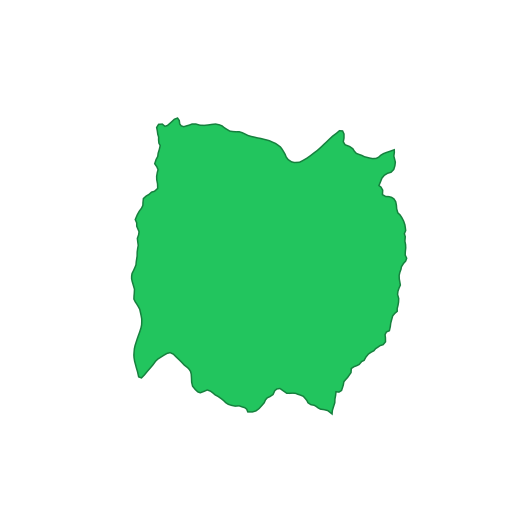 outline of Indaiabira, Minas Gerais, Brazil, rotated 215°
{"feature_id": "56859067B4422919980234", "entity_name": "Indaiabira", "entity_type": "district", "adm_level": 2, "iso_a3": "BRA", "parent_name": "Brazil", "parent_adm1": "Minas Gerais", "projection": "robinson", "projection_center": [-42.141, -15.564], "detail": "fine", "context": "isolated", "style": "filled", "palette": "green", "viewbox_px": 512, "rotation_deg": 215, "n_neighbors": 0, "source": "geoboundaries", "source_scale": "gbopen_adm2", "svg_char_len": 4184}
<svg xmlns="http://www.w3.org/2000/svg" viewBox="0 0 512 512"><g transform="rotate(215 256 256)"><path d="M408.4,310.3L411.3,308.0L411.1,304.3L408.7,302.0L406.3,299.4L404.0,297.6L402.3,295.1L400.3,292.8L397.8,291.5L396.3,287.8L395.1,284.1L393.6,281.2L393.2,277.8L391.9,273.5L388.4,272.2L385.7,270.5L384.8,267.9L383.1,264.3L381.1,261.6L378.0,258.6L375.3,255.0L376.3,250.7L378.2,248.4L378.9,245.3L380.4,242.0L381.2,238.5L379.2,234.9L377.7,232.6L377.2,229.6L377.3,225.6L376.9,221.8L375.8,216.6L372.7,214.7L370.8,212.0L368.1,210.3L365.7,208.8L364.3,206.0L363.3,202.4L361.0,199.8L358.5,197.1L357.3,194.4L355.6,191.1L353.3,187.7L351.0,183.0L349.2,179.8L348.6,177.1L348.0,174.0L347.5,170.6L346.4,168.3L344.9,166.1L343.0,164.3L340.0,161.9L336.5,159.1L334.3,155.6L333.0,153.3L331.3,150.7L328.6,149.2L326.2,148.3L323.5,147.1L320.7,145.7L318.5,143.7L315.7,141.1L313.5,138.9L312.0,136.8L310.2,134.0L309.0,131.2L307.7,127.1L306.7,123.3L305.8,120.1L304.7,116.5L303.7,113.3L302.4,110.2L300.6,107.1L299.2,104.8L297.6,102.8L295.2,100.3L292.6,98.1L290.0,95.9L286.6,93.2L282.8,89.7L279.9,90.4L279.2,94.6L278.8,99.8L278.4,103.4L278.0,107.6L277.9,112.3L277.3,115.3L275.8,118.9L274.6,121.8L273.0,125.2L270.9,127.6L267.3,128.2L264.0,127.6L261.3,127.2L258.6,126.8L255.9,126.3L252.2,125.5L247.9,125.3L245.6,124.8L243.4,123.9L241.3,122.1L238.9,119.1L236.3,115.7L233.3,113.0L229.2,111.8L225.7,111.3L223.2,112.0L221.0,115.2L219.1,118.3L215.7,119.2L212.8,119.1L209.8,118.8L206.6,119.2L202.6,119.2L199.6,119.0L196.7,118.5L193.7,118.6L190.4,119.6L186.9,121.1L183.9,123.6L180.6,124.5L178.3,125.3L175.8,125.2L173.3,123.6L169.5,126.2L167.2,129.1L166.0,132.7L165.4,137.4L165.1,140.4L165.7,143.6L165.4,146.4L164.0,148.7L162.6,152.3L163.4,156.6L162.6,159.1L160.4,161.2L156.7,161.2L152.1,161.2L149.6,162.9L147.3,164.7L144.8,166.2L142.5,166.7L140.0,167.5L136.8,168.2L133.9,167.5L131.4,166.8L129.2,165.6L125.8,165.7L122.7,167.1L120.4,167.3L118.1,167.2L115.4,167.5L112.1,169.2L108.6,170.5L105.8,170.4L103.1,170.2L104.9,173.4L106.0,176.8L107.3,181.0L109.3,184.1L110.8,187.4L112.6,190.7L110.0,192.1L108.8,194.9L109.7,197.9L110.5,200.4L111.9,203.4L111.7,206.0L111.3,209.0L111.3,215.0L113.4,218.5L112.2,221.6L110.6,223.9L109.3,226.3L108.9,230.2L107.6,232.5L108.0,236.3L107.7,240.2L106.4,243.5L105.1,246.0L104.9,248.7L103.9,251.1L103.0,253.7L101.0,256.3L100.7,260.0L103.1,263.3L105.2,265.6L105.6,268.6L103.9,271.3L105.5,275.2L107.1,278.2L108.5,282.0L109.7,285.4L109.4,288.6L108.6,291.7L110.2,293.9L111.5,297.3L112.8,300.0L114.7,303.0L118.0,305.7L119.5,308.5L120.4,311.6L121.1,315.0L123.0,316.9L125.5,319.4L127.6,322.2L128.8,325.1L129.6,328.2L130.7,330.6L130.9,334.5L130.5,337.7L131.3,340.6L134.3,342.3L136.0,344.9L138.0,348.5L140.0,351.1L142.5,353.5L144.8,357.4L147.3,359.4L148.0,362.7L149.8,364.7L151.9,366.9L155.0,369.2L158.4,371.0L161.7,372.3L164.6,372.7L167.8,375.3L170.1,378.1L172.7,380.6L175.8,381.9L178.6,381.8L181.3,380.8L183.9,379.1L187.6,378.8L190.0,382.6L193.1,384.1L195.7,384.2L196.6,388.2L197.5,392.0L197.2,395.7L195.7,399.2L193.4,402.1L192.8,405.9L194.0,409.6L195.7,412.8L198.1,414.9L200.4,416.9L202.1,420.2L203.7,422.3L206.1,418.9L208.4,415.8L210.3,413.0L211.6,410.1L212.2,407.3L213.6,404.8L216.3,402.7L218.9,401.5L221.8,400.4L224.1,399.5L227.0,399.1L229.8,398.3L232.7,397.6L235.7,398.3L238.2,399.4L242.0,399.4L244.5,398.8L246.8,398.2L250.0,399.6L251.6,403.1L253.9,406.4L256.8,408.1L259.5,406.5L260.5,402.6L262.0,398.1L262.9,393.8L263.7,389.6L264.4,386.5L265.0,383.3L265.6,380.6L266.4,377.3L267.6,373.8L268.9,369.5L270.4,365.3L272.4,361.0L274.1,357.8L276.2,356.1L278.3,354.5L281.0,353.5L284.9,353.4L288.1,354.4L290.5,356.0L293.3,357.3L295.8,358.4L298.5,359.3L301.4,359.4L304.5,359.4L307.9,358.7L311.2,358.1L313.7,357.2L316.3,356.2L319.5,355.0L322.7,353.5L325.6,352.4L328.4,351.2L331.7,350.1L335.1,349.6L338.0,349.1L340.9,348.2L343.6,346.3L346.1,344.8L349.0,343.3L352.8,343.0L356.0,342.9L358.5,343.1L361.3,342.4L364.8,340.9L367.6,338.5L370.0,336.2L373.2,333.4L376.9,331.0L381.0,329.6L384.1,327.4L385.7,325.0L387.6,322.7L389.3,320.5L391.9,319.7L394.2,320.4L396.6,323.0L399.4,324.0L401.3,321.2L402.0,317.8L402.7,314.9L403.4,312.1L405.0,310.0L408.4,310.3Z" fill="#22c55e" stroke="#15803d" stroke-width="1.5"/></g></svg>